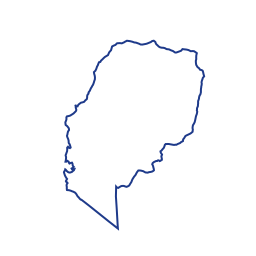 Alego Usonga, Nyanza, Kenya (Albers equal-area conic projection), rotated 293°
{"feature_id": "3690345B57306569752992", "entity_name": "Alego Usonga", "entity_type": "district", "adm_level": 2, "iso_a3": "KEN", "parent_name": "Kenya", "parent_adm1": "Nyanza", "projection": "albers", "projection_center": [34.222, 0.062], "detail": "fine", "context": "isolated", "style": "outline", "palette": "blue", "viewbox_px": 256, "rotation_deg": 293, "n_neighbors": 0, "source": "geoboundaries", "source_scale": "gbopen_adm2", "svg_char_len": 5373}
<svg xmlns="http://www.w3.org/2000/svg" viewBox="0 0 256 256"><g transform="rotate(293 128 128)"><path d="M128.8,70.4L127.8,71.2L126.4,71.9L125.7,72.4L124.9,73.1L124.4,73.3L123.7,73.5L122.5,73.2L121.4,72.7L120.9,72.5L120.3,72.3L118.9,71.4L117.7,70.5L117.1,70.2L116.3,69.3L115.9,68.8L115.6,68.4L114.9,67.3L114.4,67.2L113.8,67.1L112.7,67.6L112.3,67.8L111.7,68.0L110.4,68.1L109.0,68.1L108.3,68.3L107.4,68.9L106.9,69.1L106.4,69.5L106.1,70.8L105.9,71.4L105.0,73.0L104.7,73.5L104.2,73.9L103.1,74.5L102.0,74.3L101.5,74.2L101.0,74.2L99.9,74.4L99.3,74.5L98.7,74.7L96.9,74.9L95.7,75.9L94.5,77.2L93.1,78.3L91.4,79.1L90.9,79.5L90.4,80.4L90.1,80.8L89.5,81.3L88.6,82.1L87.6,82.8L87.2,82.5L86.8,82.4L86.7,81.3L87.3,80.1L86.7,79.9L86.2,79.7L85.0,80.2L84.6,80.4L84.1,80.6L82.9,81.0L81.1,81.1L80.7,81.1L80.0,81.2L78.9,81.2L78.2,81.4L77.3,82.2L76.7,82.5L75.9,82.8L74.6,83.2L73.9,83.4L72.6,83.6L72.8,84.1L73.0,84.5L74.1,85.1L73.9,85.8L73.8,86.5L72.6,87.6L72.4,88.0L73.6,89.1L73.9,89.5L74.2,90.0L73.3,91.0L72.1,91.6L71.5,92.2L71.0,93.3L70.5,93.0L69.9,92.8L68.7,91.9L68.4,92.3L68.1,92.7L68.6,93.8L69.2,94.7L67.9,94.7L67.5,94.4L66.9,94.1L65.6,93.5L64.3,92.0L64.0,91.1L64.0,90.0L64.3,89.1L64.5,88.3L64.9,87.6L65.3,86.9L65.4,86.4L64.8,86.5L64.3,86.5L63.6,86.4L63.0,86.3L62.3,86.3L61.4,87.0L59.9,88.3L58.9,89.4L58.5,90.0L57.6,91.2L57.3,91.8L56.2,91.7L55.4,91.6L54.8,91.6L54.4,92.0L54.2,92.6L54.2,93.2L53.7,93.9L53.0,93.7L52.2,93.6L51.1,93.9L50.4,94.3L49.9,94.7L49.3,94.9L48.7,95.2L48.3,95.3L47.1,96.0L47.2,96.6L47.5,97.4L47.7,98.2L47.8,98.9L47.9,99.7L47.9,101.0L47.9,101.6L48.0,102.4L47.9,103.7L47.9,104.2L47.6,105.0L47.4,105.5L47.0,106.2L45.3,108.5L45.1,109.2L44.8,109.9L44.1,111.1L43.8,111.9L43.6,112.5L43.8,113.0L41.5,121.8L34.5,146.8L31.5,158.0L33.6,156.9L48.8,149.4L60.3,143.6L69.4,140.0L68.8,141.3L69.1,142.5L69.6,142.8L70.1,143.1L71.3,144.0L71.9,144.5L72.3,145.1L72.8,146.1L73.0,146.7L73.1,147.2L73.1,148.5L73.2,149.0L73.3,149.7L74.3,150.7L75.6,151.6L77.3,151.8L79.0,152.1L79.7,152.2L80.2,152.2L81.4,152.1L83.1,152.2L84.7,152.5L85.5,152.6L86.1,152.8L87.8,153.3L89.5,153.4L90.4,153.5L91.1,153.6L92.9,154.1L93.3,154.9L93.8,156.4L94.1,158.3L94.2,159.0L94.1,159.6L93.9,161.4L94.6,163.6L95.5,164.5L96.4,166.0L97.4,167.3L98.5,168.1L99.2,168.4L100.3,167.8L101.6,166.8L102.1,166.4L102.6,166.1L103.6,165.1L104.0,164.5L105.1,164.4L105.7,164.6L106.1,164.8L107.1,165.4L107.6,165.9L108.5,166.7L108.8,167.2L109.0,167.7L109.9,168.2L110.1,168.6L110.2,169.1L109.9,170.1L110.3,170.5L110.6,170.8L111.6,171.2L112.0,171.6L113.2,171.0L113.7,170.6L115.1,169.7L115.5,169.8L116.9,169.7L117.5,168.7L117.9,168.1L118.2,167.7L119.2,167.0L120.4,167.7L121.7,168.0L123.1,168.5L123.7,168.7L125.3,168.7L126.9,168.5L128.0,169.0L128.4,170.0L128.7,170.5L128.9,171.0L129.3,172.1L129.4,172.7L129.7,174.0L130.0,175.3L130.1,175.8L130.2,176.3L130.8,177.7L131.1,178.0L131.5,179.1L132.7,180.0L134.3,181.6L134.7,181.9L135.6,182.3L136.1,182.6L136.4,182.9L137.4,183.7L137.8,183.6L139.1,183.2L140.3,183.6L141.0,183.7L143.1,184.0L143.6,184.4L144.7,185.3L145.2,185.8L145.8,186.3L146.9,187.3L147.6,187.8L148.1,188.1L149.7,188.9L150.2,188.8L151.4,188.4L151.9,188.3L152.9,187.6L153.5,187.3L154.6,187.0L155.9,186.7L157.1,186.9L159.3,187.1L161.3,186.8L163.3,186.4L164.7,186.1L165.3,186.0L166.3,185.9L167.3,185.9L168.1,185.8L169.5,185.5L170.2,185.3L171.1,184.5L172.3,184.2L172.9,183.9L173.4,183.8L174.7,183.8L175.4,183.8L176.8,183.3L177.4,183.1L177.9,183.0L179.0,182.5L180.3,182.0L180.9,182.0L181.5,182.0L183.0,181.8L183.6,181.6L184.1,181.4L185.3,181.3L185.8,181.2L186.3,181.3L187.1,181.5L188.4,181.3L189.1,181.2L189.7,181.0L190.9,180.5L191.9,180.1L192.8,179.8L194.1,179.5L194.9,179.2L196.2,179.0L197.6,178.6L198.5,178.0L199.0,177.8L199.4,177.7L200.7,177.5L201.2,177.5L201.6,177.5L202.6,177.4L203.4,177.3L204.1,177.5L205.3,177.9L206.7,176.8L207.3,176.3L207.8,176.0L209.3,174.9L209.9,174.3L210.1,173.1L209.8,171.6L210.7,170.2L211.3,168.1L212.8,166.1L214.6,165.0L216.3,164.2L218.1,163.9L219.6,163.2L221.5,162.5L223.8,162.1L224.2,160.5L224.5,158.7L224.0,157.3L223.2,155.7L223.4,153.3L223.1,151.5L223.0,151.0L222.5,149.4L221.9,147.3L221.2,147.1L219.9,146.7L218.7,145.5L217.3,144.0L216.4,143.0L216.1,142.5L215.9,141.6L216.1,140.8L216.4,139.5L216.4,138.9L216.3,137.3L216.4,135.1L215.7,132.6L215.9,130.8L215.7,129.3L215.1,127.7L214.8,126.0L215.0,124.4L215.6,123.0L216.0,121.8L216.3,121.2L216.5,120.8L217.9,119.5L218.4,117.6L217.5,116.3L216.3,115.6L215.9,115.3L215.3,114.7L214.7,114.1L213.8,113.2L213.1,112.5L212.4,111.6L211.4,110.1L210.4,108.6L209.8,107.0L209.9,105.3L209.8,103.6L209.7,102.0L209.2,100.3L209.1,98.2L208.7,95.8L208.2,94.0L207.9,92.9L206.9,92.1L206.2,91.5L205.3,90.9L203.5,89.2L203.1,87.8L202.6,86.6L201.8,85.0L201.5,84.7L199.6,84.0L198.1,82.5L196.8,81.5L196.1,81.6L195.3,81.7L193.0,82.0L190.3,81.1L189.8,81.1L187.3,81.1L185.5,79.8L184.4,79.0L182.9,78.3L181.1,77.6L179.6,76.9L179.1,76.8L178.0,76.7L177.2,75.6L175.6,75.6L173.8,75.7L172.6,75.5L172.2,75.5L171.4,75.6L169.9,75.7L167.9,75.6L167.3,75.3L166.1,74.8L164.8,75.6L163.2,76.9L161.7,77.8L159.8,78.5L158.0,78.6L156.4,78.8L154.6,78.9L153.9,78.9L153.3,78.7L151.8,78.6L149.9,78.3L147.4,78.3L145.4,77.8L144.2,78.2L142.9,77.8L142.3,77.8L141.5,77.9L140.0,78.5L138.5,78.8L137.5,78.3L137.0,78.0L136.5,77.8L135.0,77.4L133.8,76.1L133.5,75.6L132.8,74.7L132.2,74.4L130.8,73.6L130.4,73.4L129.4,73.1L128.2,73.1L128.0,72.7L127.5,72.1L128.8,70.4Z" fill="none" stroke="#1e3a8a" stroke-width="2"/></g></svg>